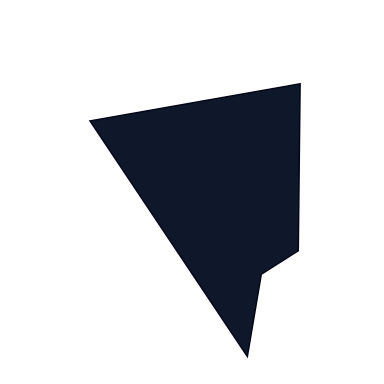 the state/province of Les Mamelles, rotated 199°
{"feature_id": "SYC-5221", "entity_name": "Les Mamelles", "entity_type": "state/province", "adm_level": 1, "iso_a3": "SYC", "parent_name": "Seychelles", "parent_adm1": "", "projection": "mercator", "projection_center": [55.479, -4.656], "detail": "fine", "context": "isolated", "style": "filled", "palette": "ink", "viewbox_px": 384, "rotation_deg": 199, "n_neighbors": 0, "source": "natural_earth", "source_scale": "10m", "svg_char_len": 251}
<svg xmlns="http://www.w3.org/2000/svg" viewBox="0 0 384 384"><g transform="rotate(199 192 192)"><path d="M125.0,329.5L72.4,171.1L99.7,136.8L86.1,54.5L311.6,226.0L206.5,284.3L125.0,329.5Z" fill="#0f172a" stroke="#020617" stroke-width="1.5"/></g></svg>